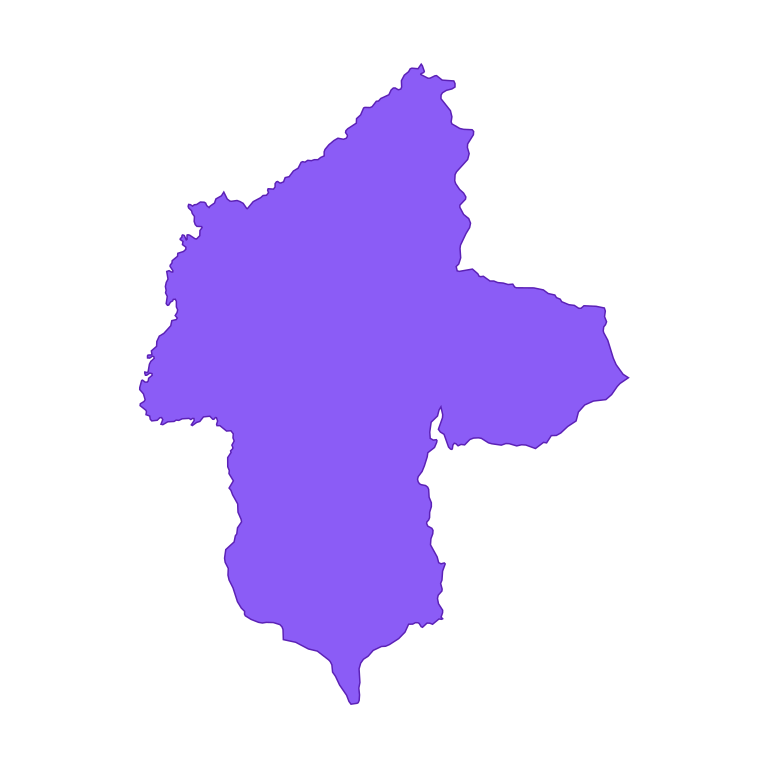 Cisneros, Antioquia, Colombia, rotated 274°
{"feature_id": "7082276B52790973649265", "entity_name": "Cisneros", "entity_type": "district", "adm_level": 2, "iso_a3": "COL", "parent_name": "Colombia", "parent_adm1": "Antioquia", "projection": "albers", "projection_center": [-75.079, 6.546], "detail": "fine", "context": "isolated", "style": "filled", "palette": "violet", "viewbox_px": 768, "rotation_deg": 274, "n_neighbors": 0, "source": "geoboundaries", "source_scale": "gbopen_adm2", "svg_char_len": 6157}
<svg xmlns="http://www.w3.org/2000/svg" viewBox="0 0 768 768"><g transform="rotate(274 384 384)"><path d="M62.3,373.4L63.6,379.4L64.3,380.5L66.6,381.3L72.1,381.3L78.9,380.1L84.5,380.8L98.1,379.0L103.9,380.2L108.0,382.7L111.4,387.2L117.5,391.8L122.0,399.8L122.5,403.9L124.5,407.7L131.0,416.4L138.0,422.3L146.1,425.3L146.5,429.4L148.1,432.0L148.2,434.5L147.6,435.8L144.5,438.0L144.0,439.4L148.5,443.6L148.6,446.4L147.7,449.2L153.4,455.2L153.3,458.0L153.9,458.9L155.5,457.2L159.9,458.4L162.4,458.3L168.6,453.7L173.8,452.3L177.1,452.8L181.5,456.2L183.5,456.3L189.0,454.4L192.4,455.5L201.4,455.5L208.8,457.6L209.7,456.6L208.6,453.4L209.6,451.0L215.2,449.1L226.8,441.6L232.9,441.6L238.0,443.1L241.4,443.1L243.4,441.8L245.3,437.6L247.7,436.3L249.2,436.3L251.6,438.1L253.9,438.8L259.3,438.5L265.0,439.8L268.9,439.5L274.2,436.9L282.0,435.9L284.1,434.8L285.6,432.6L286.2,428.0L287.0,426.3L289.0,424.8L291.4,424.1L294.0,424.6L299.4,428.1L305.2,430.0L314.4,432.2L318.5,432.5L324.2,438.8L329.4,440.6L331.2,440.8L332.1,440.1L331.5,437.1L333.0,433.9L339.2,433.0L349.2,433.7L355.8,439.6L361.8,440.7L365.2,442.4L357.5,444.7L354.4,444.7L342.6,441.4L340.0,443.6L338.0,447.4L325.6,452.8L323.7,454.9L323.5,456.2L324.1,456.7L327.8,457.0L329.8,458.2L329.5,459.8L327.5,462.2L329.1,465.0L328.9,468.7L334.6,473.5L336.3,477.1L336.9,482.0L336.6,484.9L332.6,492.3L331.9,495.7L331.2,505.3L333.1,509.7L333.2,513.1L331.5,520.7L333.0,525.5L333.0,529.8L330.2,539.6L336.9,547.2L336.6,550.3L344.2,554.5L344.7,559.5L347.5,563.8L354.5,570.3L360.5,578.2L369.6,579.9L377.1,585.7L381.6,594.1L383.9,606.4L389.3,611.8L397.9,616.9L401.0,619.4L407.3,627.4L410.4,621.8L419.5,614.2L425.8,610.9L443.2,604.2L450.5,599.6L452.3,599.0L456.3,599.2L458.6,600.8L461.6,601.7L466.6,599.3L472.2,599.7L475.2,598.5L476.3,590.2L476.0,578.0L473.3,575.3L473.1,573.0L475.7,568.4L476.0,562.9L478.5,555.5L480.9,553.9L482.2,550.0L484.7,548.2L485.7,541.5L489.0,536.4L490.3,526.8L489.2,509.4L489.8,507.6L492.6,505.5L491.9,500.8L493.0,496.0L493.1,490.4L494.4,486.4L494.1,482.6L498.4,475.6L497.8,472.9L498.2,471.3L500.5,469.9L504.8,464.2L501.6,451.2L502.0,449.1L506.2,447.8L508.9,450.2L515.2,451.7L524.4,450.4L527.8,450.6L539.8,455.3L546.0,458.5L550.5,459.1L554.9,457.0L558.7,451.6L565.6,447.3L567.7,447.2L574.0,452.4L576.3,452.6L580.0,450.1L583.4,445.8L588.9,441.5L591.6,440.4L597.8,440.3L600.7,441.5L613.8,451.8L619.7,452.9L625.7,450.7L629.3,450.7L638.9,455.8L642.2,455.8L643.8,454.2L643.6,445.7L644.2,441.8L648.2,433.6L650.2,432.7L655.3,433.1L661.3,431.2L672.6,420.9L676.3,420.8L678.6,422.0L681.3,425.8L683.1,431.2L685.2,434.1L688.6,433.9L691.2,432.5L691.2,420.9L695.3,414.9L695.0,413.3L692.3,408.6L692.1,406.6L695.3,399.1L696.1,399.2L697.5,401.9L698.7,402.4L704.1,400.1L705.7,398.8L700.9,396.0L701.0,389.8L700.3,388.2L697.2,386.7L693.5,382.7L687.8,380.2L681.5,380.9L679.3,380.1L678.5,377.7L680.1,374.5L679.9,372.6L677.8,370.6L672.9,368.7L668.6,360.9L665.9,358.8L665.5,356.6L659.8,352.8L658.8,350.8L658.6,345.6L657.9,344.4L650.8,341.9L646.8,338.1L642.3,338.2L636.1,330.0L634.0,328.3L632.1,328.1L629.7,330.1L628.2,330.1L626.5,329.2L625.3,326.5L626.0,320.9L623.4,317.1L618.9,312.4L613.9,308.8L611.5,308.1L607.4,308.4L605.5,304.9L603.2,302.5L602.9,298.8L601.7,296.0L601.8,292.3L599.8,289.7L600.1,287.2L599.3,285.8L593.3,283.3L590.2,278.8L584.2,274.9L583.0,271.0L578.7,269.7L577.3,267.0L577.4,265.7L578.6,263.8L578.2,262.6L576.3,261.4L573.0,261.6L570.7,260.2L570.7,254.8L569.3,254.4L566.7,255.4L564.1,253.6L563.6,250.2L561.3,248.0L556.8,240.8L549.4,235.5L549.5,234.8L554.4,230.9L556.0,227.5L556.8,224.6L555.6,218.9L555.8,217.4L557.6,214.7L564.3,210.8L560.4,208.7L556.9,203.4L552.7,202.3L549.3,198.1L547.8,197.2L549.6,194.7L552.0,193.5L552.8,192.0L552.7,188.1L550.0,184.6L549.6,182.3L548.1,180.6L549.4,178.4L549.5,176.6L547.7,176.2L546.0,176.8L543.4,179.9L540.8,180.8L537.9,183.2L532.9,183.3L529.8,184.6L528.2,186.4L528.3,191.1L527.3,191.6L524.3,189.7L519.1,189.9L515.7,187.0L515.7,185.4L518.9,179.8L519.2,178.0L518.8,177.1L514.5,177.4L514.0,176.7L518.2,174.4L518.7,172.8L518.2,172.2L516.1,172.0L515.0,170.7L513.9,170.6L512.2,173.5L509.0,173.2L506.7,176.8L504.5,176.9L502.2,174.7L500.0,169.2L497.0,169.1L492.3,164.1L489.9,164.0L487.6,162.4L486.4,162.4L482.3,165.5L481.0,165.4L480.9,164.1L482.1,161.7L481.1,159.4L473.6,161.2L470.2,159.7L466.0,159.1L462.3,160.1L459.7,159.7L456.3,161.7L449.0,161.1L447.4,162.5L447.7,163.7L450.8,165.3L452.1,167.3L453.7,167.9L454.0,169.9L452.0,171.1L446.4,171.5L443.6,173.0L440.9,172.6L437.7,170.9L435.4,173.2L433.8,172.3L432.4,167.9L427.2,167.2L419.2,160.9L416.1,156.5L410.6,154.4L405.7,154.5L400.8,149.6L397.5,150.4L396.8,149.8L396.4,146.6L395.5,146.1L393.5,146.3L393.5,148.5L395.7,151.2L395.1,152.5L393.6,153.0L390.3,149.8L387.4,148.6L379.6,147.8L378.9,146.7L379.3,144.6L378.3,144.5L376.1,145.4L376.2,146.7L378.6,149.7L378.2,151.8L376.5,152.1L373.3,148.8L370.7,148.6L369.4,147.7L369.2,145.6L371.0,142.9L370.6,142.0L363.5,140.6L361.4,140.7L357.4,144.7L351.7,146.8L349.9,145.9L347.3,142.3L345.4,142.2L341.2,148.3L339.7,149.0L336.8,148.7L335.7,152.5L332.5,153.3L331.0,154.9L332.0,160.3L334.7,162.7L335.0,164.4L333.1,165.8L328.3,164.3L328.0,166.2L331.2,170.9L332.0,177.2L333.5,179.2L333.4,181.9L335.2,185.1L336.1,191.9L335.1,193.8L336.3,195.4L336.3,196.8L334.4,197.2L329.8,194.6L329.2,195.7L332.6,199.8L333.8,202.9L338.6,206.2L339.7,212.5L336.9,215.6L336.9,216.7L338.8,218.2L338.7,219.2L335.5,220.6L332.1,219.8L330.8,220.3L331.0,223.2L326.1,230.2L326.7,234.5L323.8,237.1L319.7,237.1L316.7,238.5L312.4,236.5L310.3,237.6L308.9,237.6L306.6,235.6L305.0,236.2L299.7,233.2L290.5,233.9L286.9,235.7L283.8,235.6L276.9,240.5L269.4,236.7L267.3,238.7L262.9,240.7L254.2,246.4L245.9,247.3L239.0,250.9L236.5,251.5L230.3,247.9L224.2,247.6L222.2,246.3L216.0,245.5L207.8,237.7L199.1,237.1L195.0,238.0L189.2,241.5L182.4,241.7L177.7,243.1L170.1,247.6L156.6,253.0L150.5,257.3L147.5,260.8L144.7,260.9L143.1,261.8L139.9,267.8L137.5,275.4L137.1,279.3L138.0,283.2L138.3,290.3L136.7,297.0L134.6,299.2L132.0,300.4L122.0,301.4L120.2,313.9L114.4,327.1L112.9,336.1L104.9,348.1L103.4,349.7L100.2,351.6L93.0,352.8L89.0,356.0L80.6,360.7L70.9,368.4L64.9,371.2L62.3,373.4Z" fill="#8b5cf6" stroke="#5b21b6" stroke-width="1.5"/></g></svg>